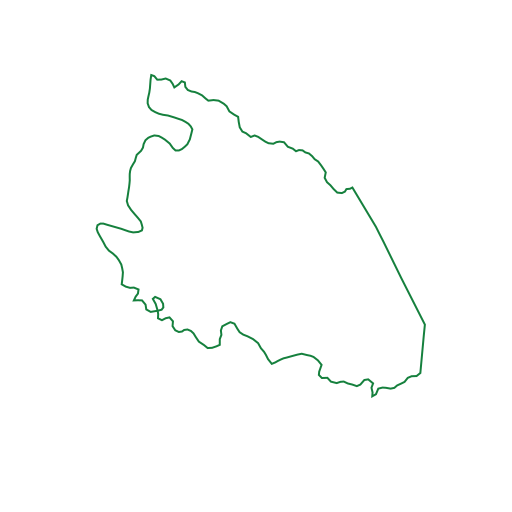 Irineópolis, Santa Catarina, Brazil, rotated 313°
{"feature_id": "56859067B50137871247887", "entity_name": "Irineópolis", "entity_type": "district", "adm_level": 2, "iso_a3": "BRA", "parent_name": "Brazil", "parent_adm1": "Santa Catarina", "projection": "equal_earth", "projection_center": [-50.782, -26.356], "detail": "fine", "context": "isolated", "style": "outline", "palette": "green", "viewbox_px": 512, "rotation_deg": 313, "n_neighbors": 0, "source": "geoboundaries", "source_scale": "gbopen_adm2", "svg_char_len": 3360}
<svg xmlns="http://www.w3.org/2000/svg" viewBox="0 0 512 512"><g transform="rotate(313 256 256)"><path d="M143.7,177.1L144.8,181.7L146.8,185.6L149.6,188.2L151.4,192.9L148.0,195.3L144.2,195.7L140.2,197.0L142.8,199.5L145.8,202.9L145.1,208.4L142.1,212.2L143.3,217.1L148.9,221.4L146.8,224.1L143.6,226.8L144.9,231.0L148.9,232.4L152.1,234.6L151.6,239.8L147.8,242.8L146.6,247.6L147.8,251.4L150.3,253.4L152.9,253.9L155.5,256.0L156.8,259.5L156.8,263.1L155.7,267.0L154.4,272.6L155.4,278.7L155.7,283.4L158.9,286.5L162.8,288.6L166.3,290.1L170.5,286.2L174.7,284.5L177.6,281.1L181.6,279.3L186.5,281.0L190.1,282.4L191.8,286.4L190.1,291.9L189.1,296.0L189.8,300.3L191.5,304.6L193.2,310.5L193.7,317.0L191.9,322.5L191.4,327.3L190.4,330.8L188.8,335.1L187.9,341.1L191.4,342.7L194.0,343.5L196.9,344.6L199.9,345.9L202.8,347.8L205.1,349.2L209.0,351.6L212.2,353.6L215.7,356.1L218.3,360.8L220.2,363.9L221.4,366.9L221.9,372.4L221.1,378.2L217.7,379.7L214.5,381.1L211.9,383.1L211.7,387.4L215.6,391.3L215.2,396.5L218.1,401.7L221.6,403.6L224.0,405.8L225.4,410.1L227.6,414.0L229.6,418.5L233.1,420.0L236.3,419.9L239.2,419.8L242.3,422.2L242.7,428.5L238.4,430.3L235.7,434.3L232.7,436.7L236.7,438.0L242.4,435.9L246.1,438.3L248.2,440.9L250.8,444.9L253.9,447.1L257.6,447.5L262.0,449.3L265.2,450.5L270.4,450.1L274.2,451.8L277.7,455.3L282.5,456.0L312.2,433.0L321.0,426.3L339.0,377.1L353.4,339.4L356.3,331.4L359.1,323.9L371.8,279.8L369.3,278.9L366.6,276.5L363.7,277.1L360.6,275.9L357.8,272.2L357.9,267.1L358.5,262.1L358.4,257.6L360.0,252.9L364.7,250.0L365.7,246.2L366.7,241.7L367.5,237.0L366.8,232.9L367.3,229.0L367.1,224.8L365.4,221.4L365.0,218.0L362.8,215.2L359.9,213.8L359.6,209.7L357.6,204.8L358.3,198.9L355.8,195.3L353.2,193.3L349.9,192.1L347.0,188.2L346.0,184.9L345.3,180.7L344.6,176.3L343.2,172.8L339.5,171.0L339.0,165.0L337.7,161.2L339.0,156.4L342.3,151.9L345.6,148.0L344.5,143.7L343.6,137.9L345.5,132.4L345.4,128.6L344.1,122.7L341.1,118.6L337.1,115.2L336.8,111.7L336.7,107.0L335.4,102.4L334.2,99.4L332.3,96.6L330.9,92.9L331.5,89.0L334.4,85.6L333.1,82.4L328.7,82.4L323.6,81.3L325.1,77.5L325.9,73.6L324.2,68.9L320.4,66.4L317.6,63.5L318.2,59.0L316.9,56.0L313.1,58.6L309.1,61.8L306.1,64.2L302.6,66.6L299.3,68.5L296.5,70.2L293.8,72.6L291.9,76.2L291.5,80.0L292.5,84.2L293.8,87.9L295.8,91.6L298.7,95.8L301.6,101.7L303.4,105.7L305.0,109.1L306.0,113.0L306.6,116.4L306.3,119.9L305.2,123.1L302.0,124.9L298.5,126.8L296.1,128.1L293.6,128.8L290.9,129.6L287.4,129.4L283.7,128.9L280.7,127.7L278.3,125.2L278.3,121.4L279.4,116.2L279.0,110.0L278.3,106.3L277.4,103.0L274.8,99.4L271.5,97.6L269.0,96.6L265.3,96.2L261.2,97.5L258.2,99.4L254.6,100.2L251.4,100.0L248.6,99.8L245.9,101.1L242.7,102.8L239.2,103.5L235.1,104.5L232.4,105.9L229.9,107.7L227.8,109.6L225.2,112.1L222.9,113.9L219.8,116.2L216.2,118.6L213.6,120.4L211.1,122.1L208.1,124.0L205.8,127.9L204.5,133.3L203.9,138.4L203.3,144.1L202.7,148.2L201.1,151.0L199.3,153.8L196.9,155.1L193.4,153.6L189.5,150.1L187.3,146.4L185.6,142.6L184.0,138.9L182.0,135.0L179.5,130.1L177.4,126.0L175.6,122.3L173.6,120.1L170.4,119.1L167.2,120.9L165.5,124.0L164.1,128.1L162.1,134.6L160.3,139.7L159.6,144.8L160.2,149.7L160.2,154.7L159.4,158.6L157.9,163.3L155.7,166.6L153.3,169.8L150.2,172.3L147.0,174.7L143.7,177.1ZM148.9,221.4L152.5,215.4L154.3,209.8L157.3,210.1L159.2,215.6L157.7,220.6L155.2,223.3L152.3,223.6L148.9,221.4Z" fill="none" stroke="#15803d" stroke-width="2"/></g></svg>